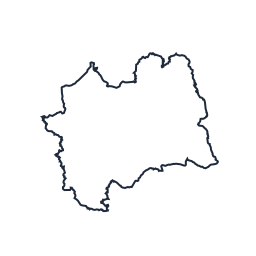 the district of Moyahua de Estrada, Zacatecas, Mexico, rotated 60°
{"feature_id": "50627088B96990632863849", "entity_name": "Moyahua de Estrada", "entity_type": "district", "adm_level": 2, "iso_a3": "MEX", "parent_name": "Mexico", "parent_adm1": "Zacatecas", "projection": "orthographic", "projection_center": [-103.164, 21.196], "detail": "fine", "context": "isolated", "style": "outline", "palette": "slate", "viewbox_px": 256, "rotation_deg": 60, "n_neighbors": 0, "source": "geoboundaries", "source_scale": "gbopen_adm2", "svg_char_len": 5775}
<svg xmlns="http://www.w3.org/2000/svg" viewBox="0 0 256 256"><g transform="rotate(60 128 128)"><path d="M188.4,187.3L186.7,186.3L185.6,186.0L186.1,185.0L185.6,184.0L184.5,183.8L183.9,186.6L180.5,187.2L179.6,188.6L178.5,188.3L178.3,188.0L178.7,186.6L178.3,186.1L178.7,185.7L178.5,185.3L177.8,185.2L178.5,183.9L178.9,181.5L179.7,180.4L177.3,180.4L176.7,179.8L175.5,179.7L174.0,179.7L173.5,180.0L173.0,178.7L173.6,178.4L173.7,177.8L173.3,177.5L172.5,177.5L172.2,176.9L170.7,176.2L169.9,177.1L169.5,176.8L169.1,176.2L169.4,174.2L169.0,173.5L168.2,173.4L168.2,172.9L167.5,172.4L167.3,171.3L166.5,170.4L166.7,170.0L166.1,169.8L166.2,169.2L165.7,169.1L165.6,167.5L167.4,167.1L167.3,166.4L169.8,164.9L173.8,163.8L174.4,163.1L175.8,163.2L177.2,162.1L178.5,160.4L179.0,157.6L180.1,156.5L180.2,155.2L181.0,154.3L177.6,148.3L177.6,147.6L178.6,146.3L178.7,145.4L176.9,143.9L176.9,142.5L175.5,140.4L175.3,138.4L174.1,136.6L173.7,133.7L173.9,131.3L173.7,129.4L174.2,128.1L175.0,127.6L175.5,126.6L176.6,126.7L176.8,124.4L177.5,124.2L177.9,123.5L179.1,122.5L180.6,122.7L180.7,122.1L182.2,119.8L182.3,119.5L181.1,119.1L177.8,118.4L177.3,117.5L177.5,116.4L179.4,114.7L179.9,111.3L180.8,110.1L181.8,106.5L182.4,105.9L182.8,104.5L185.6,100.8L188.5,98.3L189.1,97.4L188.8,96.3L185.9,94.7L184.3,92.0L185.7,92.2L188.6,89.3L190.0,88.9L190.3,88.4L191.5,87.8L192.7,87.7L194.1,86.7L195.1,86.6L196.4,85.2L198.2,84.1L198.7,82.9L200.4,82.3L201.6,81.0L201.8,77.7L201.3,76.0L201.2,74.5L202.8,70.6L203.1,68.8L202.6,67.5L202.1,67.0L201.4,67.0L199.2,68.0L198.7,67.4L196.7,67.0L196.0,67.4L195.6,68.1L194.9,68.2L193.3,68.0L192.5,67.5L188.4,67.0L185.9,65.9L183.5,65.8L182.9,65.2L181.7,66.1L180.7,66.2L177.0,64.7L176.9,63.8L176.0,63.9L175.8,63.0L175.2,62.6L173.0,62.3L173.0,61.9L171.8,61.7L171.0,61.1L169.7,60.9L167.3,61.2L166.8,61.6L164.1,62.2L163.3,62.7L161.5,65.2L160.0,65.6L159.3,64.8L159.5,64.5L158.2,62.0L156.4,60.6L156.8,59.5L157.5,58.6L157.8,57.1L157.5,54.5L157.4,54.1L157.0,54.2L156.6,53.0L154.5,52.1L153.8,52.4L153.1,51.9L150.3,51.2L144.2,48.5L141.5,47.9L140.9,48.8L139.7,48.5L138.5,49.1L137.4,50.3L134.0,50.4L132.3,49.7L131.5,50.6L130.4,50.8L130.1,50.5L130.4,49.1L128.8,48.7L125.6,49.5L124.3,49.4L124.8,48.6L123.1,48.1L123.9,47.5L124.4,47.6L124.3,47.3L122.4,47.2L121.3,47.5L120.3,46.8L117.3,46.9L116.0,46.3L114.7,45.1L112.5,45.5L111.9,44.3L110.3,43.0L108.3,44.1L106.2,43.6L104.9,44.6L103.4,44.0L102.6,43.1L102.4,42.3L101.2,41.4L99.0,41.3L97.2,42.4L95.1,42.5L93.7,43.0L91.8,45.0L91.3,46.8L90.5,47.7L88.6,49.2L87.7,49.2L88.1,50.2L88.3,52.1L88.0,52.4L87.7,54.1L87.3,54.7L87.7,55.8L87.4,56.7L88.2,57.3L88.1,57.7L88.5,57.9L89.0,57.4L89.6,57.4L90.2,58.1L91.4,58.6L91.0,59.6L92.2,61.0L91.7,62.5L92.1,64.3L91.7,66.0L92.6,66.7L92.5,68.1L92.1,68.2L90.9,67.5L91.2,66.9L90.3,65.7L89.1,65.5L89.1,64.8L88.0,64.6L88.4,64.0L88.0,63.4L87.5,63.3L87.1,63.9L86.7,63.8L86.3,63.0L85.8,63.5L85.4,63.2L84.6,63.7L82.6,63.7L78.5,67.2L78.4,68.2L77.3,68.2L76.8,69.2L75.9,68.9L75.6,69.2L75.8,70.5L74.7,70.9L74.4,72.0L76.5,75.5L75.6,76.8L76.0,78.2L75.4,78.8L74.0,79.1L73.8,80.0L74.4,81.0L74.7,82.2L74.6,83.8L74.8,84.3L76.3,85.0L76.2,86.3L77.2,87.3L77.2,89.2L82.5,92.6L83.2,95.3L83.6,94.9L84.4,95.0L85.7,95.3L86.2,95.8L86.7,95.4L86.8,95.8L87.5,95.7L87.8,96.4L88.5,96.7L89.2,96.4L89.5,96.9L89.2,97.4L89.5,97.7L91.6,97.9L92.0,98.2L91.9,99.4L90.4,100.0L90.5,100.6L88.0,106.1L86.9,107.8L85.2,109.1L85.1,109.7L85.6,111.5L86.3,113.0L87.7,114.4L87.5,117.8L83.9,121.1L82.3,123.4L82.1,124.5L81.3,125.2L80.8,125.1L80.0,123.6L79.2,123.2L77.5,123.8L75.5,125.4L73.4,125.8L69.9,125.5L68.3,125.6L67.2,126.1L65.5,126.0L62.9,127.1L62.0,128.1L61.2,128.3L61.5,127.2L61.1,125.2L60.4,124.7L59.3,128.0L56.5,126.6L55.7,125.9L55.8,125.6L54.8,125.1L52.9,126.8L52.9,128.0L56.1,129.5L57.5,134.0L58.8,135.2L59.1,136.0L62.0,147.4L62.0,148.8L63.0,151.8L62.6,153.9L62.8,154.4L62.7,155.9L62.0,158.1L60.4,159.9L59.9,161.0L60.1,162.1L59.6,164.3L59.8,165.2L64.6,167.7L67.9,168.9L69.7,170.4L70.6,170.8L71.3,170.6L73.7,171.4L75.0,171.1L76.2,172.3L77.5,173.0L78.2,173.1L79.1,172.5L80.2,172.7L82.9,175.9L82.7,177.4L82.5,177.7L80.4,178.0L80.0,178.7L80.1,179.7L79.5,182.1L79.9,183.5L79.7,184.6L79.8,187.4L77.7,189.5L78.5,191.8L78.5,192.7L77.6,194.1L76.0,194.4L75.7,194.8L75.4,196.7L77.1,195.7L76.7,196.9L77.3,197.1L77.7,196.5L78.0,196.6L78.0,197.2L78.7,197.9L79.5,197.1L80.6,197.5L81.2,196.7L82.5,197.1L83.0,196.3L83.7,196.1L84.4,196.6L84.4,197.4L86.9,199.4L89.9,199.1L91.1,198.2L92.8,195.5L93.9,195.5L95.4,194.4L97.0,195.1L97.4,193.6L98.6,193.0L99.3,192.0L101.1,191.8L102.5,190.6L102.6,190.0L103.1,190.0L104.2,191.5L104.6,191.4L105.0,190.8L105.4,190.9L105.4,192.0L106.5,192.7L106.2,193.3L107.3,194.9L107.9,194.9L108.3,194.4L108.7,194.5L109.4,195.6L110.8,194.7L112.3,195.2L113.9,194.9L114.8,195.4L114.5,196.7L114.7,197.5L114.4,198.0L113.0,198.4L113.0,198.9L114.5,199.8L115.0,201.3L115.7,202.0L114.7,202.9L114.9,204.2L115.6,203.8L116.2,204.1L116.7,203.6L117.7,203.4L118.2,202.2L119.6,201.8L119.9,203.0L120.3,203.4L122.4,203.1L122.8,203.6L122.9,203.3L125.1,203.1L126.2,203.8L126.9,205.0L127.4,205.1L127.9,204.5L129.6,204.7L129.1,203.7L129.3,202.8L131.1,204.1L135.2,205.0L135.7,206.9L136.5,207.6L137.5,207.6L138.2,207.1L139.0,208.0L140.4,207.2L141.5,210.0L143.1,211.2L144.5,210.9L146.1,212.0L146.6,213.0L146.6,213.8L147.8,214.6L148.8,214.7L150.0,214.0L152.7,209.2L152.2,208.0L151.0,207.4L151.7,206.5L154.1,206.5L154.5,206.1L156.7,205.9L157.5,207.1L159.1,207.0L160.5,207.4L162.0,209.4L164.3,208.2L166.2,207.7L170.5,207.5L171.7,206.9L174.5,203.4L176.0,203.3L177.2,202.5L177.6,203.1L178.2,202.3L179.2,202.0L178.8,201.1L179.3,200.7L179.8,199.8L181.2,199.0L182.3,197.8L182.8,195.9L183.7,194.7L184.7,194.3L184.9,192.0L185.8,191.2L186.2,191.5L187.6,190.4L187.8,190.6L188.9,188.7L189.1,187.0L189.4,186.8L189.2,186.5L188.4,187.3Z" fill="none" stroke="#1e293b" stroke-width="2"/></g></svg>